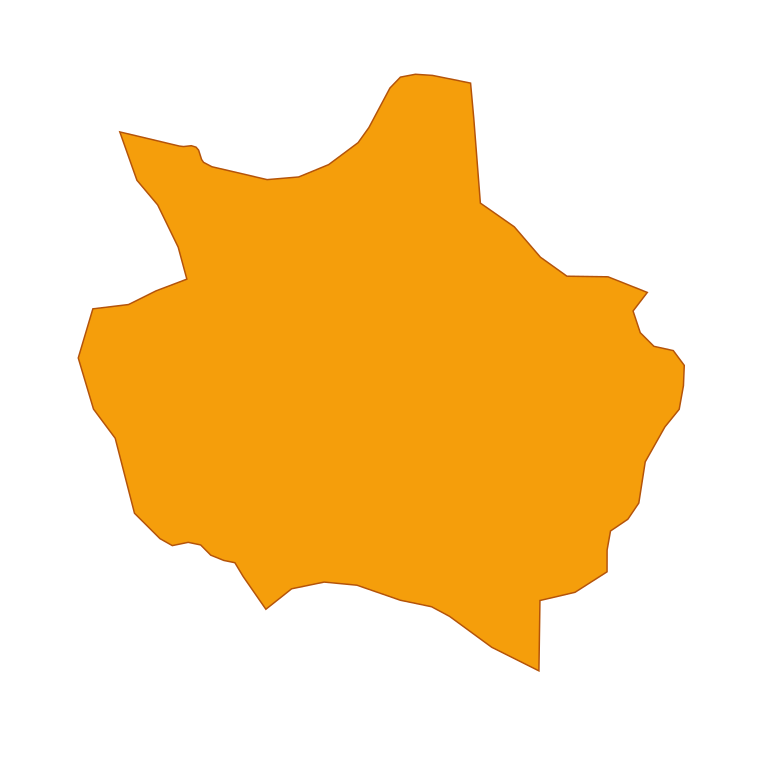 map outline of Arua (Albers equal-area conic projection), rotated 83°
{"feature_id": "UGA-3080", "entity_name": "Arua", "entity_type": "County", "adm_level": 1, "iso_a3": "UGA", "parent_name": "Uganda", "parent_adm1": "", "projection": "albers", "projection_center": [31.087, 2.968], "detail": "fine", "context": "isolated", "style": "filled", "palette": "amber", "viewbox_px": 768, "rotation_deg": 83, "n_neighbors": 0, "source": "natural_earth", "source_scale": "10m", "svg_char_len": 1013}
<svg xmlns="http://www.w3.org/2000/svg" viewBox="0 0 768 768"><g transform="rotate(83 384 384)"><path d="M101.6,615.5L122.9,558.1L123.9,554.0L124.0,546.2L126.0,541.7L129.3,539.5L138.9,537.7L142.0,536.1L147.4,528.3L166.9,475.1L168.1,443.5L159.5,412.2L141.3,380.3L127.6,367.7L90.9,342.0L81.4,330.3L80.4,315.1L83.6,298.3L95.9,261.4L130.8,262.5L216.2,266.3L243.9,235.5L277.2,213.3L299.3,189.3L304.9,148.6L325.2,111.5L341.9,127.9L364.3,123.4L379.5,111.5L386.1,92.8L402.1,83.7L422.2,87.0L445.1,94.1L460.8,110.4L493.1,134.2L533.2,145.6L547.9,158.4L557.5,177.1L576.0,182.8L597.6,185.5L614.0,219.7L617.9,255.6L687.6,265.2L658.5,309.1L622.6,347.3L610.9,363.9L600.6,394.2L580.4,435.4L573.3,467.6L576.0,500.6L593.2,528.7L558.0,547.2L543.2,553.8L539.6,564.5L532.8,576.8L521.4,585.6L517.3,597.6L518.6,613.8L510.2,625.2L481.9,647.4L405.1,657.4L373.5,675.4L320.9,684.3L273.9,663.8L274.0,627.9L263.7,598.7L255.9,566.9L223.1,571.6L178.7,586.8L151.7,604.4L101.6,615.5Z" fill="#f59e0b" stroke="#b45309" stroke-width="1.5"/></g></svg>